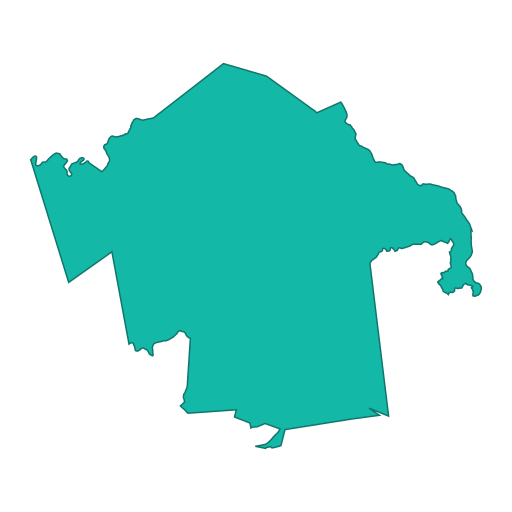 the district of San Juan Lachao, Oaxaca, Mexico
{"feature_id": "50627088B81693783238627", "entity_name": "San Juan Lachao", "entity_type": "district", "adm_level": 2, "iso_a3": "MEX", "parent_name": "Mexico", "parent_adm1": "Oaxaca", "projection": "mercator", "projection_center": [-97.102, 16.205], "detail": "fine", "context": "isolated", "style": "filled", "palette": "teal", "viewbox_px": 512, "rotation_deg": 0, "n_neighbors": 0, "source": "geoboundaries", "source_scale": "gbopen_adm2", "svg_char_len": 6050}
<svg xmlns="http://www.w3.org/2000/svg" viewBox="0 0 512 512"><path d="M340.8,102.1L317.0,112.7L316.0,112.1L314.6,110.7L312.7,109.5L266.6,76.2L223.5,63.6L153.5,117.9L142.5,120.2L139.6,119.3L138.8,118.8L137.2,118.6L136.1,118.4L135.2,119.0L134.1,119.5L132.5,122.3L132.4,122.3L130.7,126.3L130.9,127.8L129.9,129.0L129.5,130.1L128.7,131.2L128.2,132.9L127.1,133.8L125.3,133.9L123.8,135.1L122.6,135.2L121.6,135.9L120.3,135.9L118.9,136.6L117.5,136.6L115.7,137.0L114.4,136.7L113.1,136.1L111.8,136.1L110.6,136.9L108.9,138.9L107.5,143.1L106.7,144.0L104.7,144.7L104.1,145.6L103.7,146.8L104.0,148.5L105.0,149.4L105.4,150.4L105.9,151.0L107.0,153.9L108.5,156.3L109.5,158.4L109.5,161.1L108.0,163.5L107.4,165.6L105.1,168.3L104.3,169.3L101.9,171.7L90.1,163.6L89.2,162.8L88.2,161.2L87.0,161.0L85.3,162.6L82.6,164.1L80.1,164.0L80.2,163.2L81.0,161.9L82.2,161.0L83.1,160.6L84.0,159.4L84.0,158.6L83.6,158.2L82.6,157.8L81.3,157.8L79.9,158.4L79.2,159.0L78.3,160.4L77.4,161.7L74.7,162.9L71.8,163.9L71.3,164.9L69.8,167.4L69.0,168.4L69.1,169.7L69.9,171.5L71.1,172.8L71.8,174.0L71.3,175.3L70.4,176.2L69.3,176.3L67.9,175.7L67.5,175.0L67.0,173.6L67.1,171.4L66.9,171.1L66.6,170.2L65.4,169.1L64.7,168.2L64.0,167.6L63.7,166.8L63.9,165.6L64.5,164.7L65.4,163.8L67.5,160.9L66.9,159.3L66.5,159.0L65.3,159.0L63.8,158.7L63.4,158.4L62.4,157.5L59.7,153.8L56.7,153.1L55.5,153.3L54.1,154.2L52.1,155.7L49.2,158.3L48.0,159.6L47.5,160.4L46.2,161.6L45.4,162.0L42.5,162.2L41.4,163.6L41.1,164.2L40.3,164.8L38.7,165.6L37.4,165.8L36.1,165.4L35.6,164.4L35.6,163.7L35.9,162.7L36.6,158.5L36.5,157.3L36.3,156.4L35.7,156.1L34.5,156.2L33.1,157.1L30.7,159.7L68.7,282.4L111.9,251.8L129.0,344.1L130.0,343.2L131.4,342.9L132.6,342.8L133.4,343.4L133.7,344.8L134.6,346.7L135.4,350.5L136.2,350.9L137.2,351.1L138.4,350.8L139.4,350.0L140.2,349.7L141.1,348.6L143.2,347.9L145.5,349.3L146.7,349.6L147.7,350.8L149.5,354.2L152.0,355.6L152.7,355.8L153.2,354.9L152.8,353.4L152.7,350.0L152.5,348.5L152.3,347.6L152.8,345.7L153.2,345.0L153.9,343.8L155.2,343.0L157.5,342.3L161.4,341.5L163.6,340.7L165.6,340.9L169.2,339.5L174.0,336.5L174.4,335.8L176.9,333.6L178.2,331.5L179.7,330.6L181.9,331.5L183.8,331.7L185.1,332.8L186.5,335.7L187.4,336.4L188.5,337.6L190.4,338.2L187.3,385.6L187.0,387.2L186.6,388.6L185.8,390.2L184.9,392.9L183.9,394.0L183.6,394.9L183.4,397.7L184.2,399.6L184.4,401.1L184.4,402.3L180.4,405.9L182.7,408.1L184.7,409.8L186.3,411.5L186.8,412.3L188.0,413.2L236.3,409.8L234.5,417.0L249.9,423.0L250.9,428.0L251.9,427.4L253.5,427.0L257.2,426.8L265.1,423.5L280.0,428.9L278.9,431.1L277.3,433.2L275.3,434.9L273.2,437.2L271.1,439.7L267.9,442.8L265.6,444.3L260.4,445.4L255.3,446.3L265.5,448.4L266.8,447.4L270.4,446.7L272.0,447.9L274.9,447.4L276.0,447.1L277.0,446.7L279.0,446.4L279.8,445.8L280.9,445.7L285.0,429.6L351.0,419.1L379.4,415.3L369.0,408.1L388.6,416.1L369.9,263.3L371.6,260.6L376.3,257.2L378.5,253.7L379.1,252.2L381.6,251.4L382.5,250.3L382.5,249.2L382.8,248.4L383.8,248.4L384.9,248.6L386.5,250.3L386.7,251.2L389.3,250.9L390.0,250.4L390.2,249.1L390.7,247.7L392.1,247.7L393.7,249.4L394.8,250.3L395.0,251.3L397.1,250.5L397.9,249.3L398.3,248.1L399.9,247.8L401.4,248.6L403.5,248.1L410.0,246.0L412.8,244.2L421.1,244.3L422.3,243.2L424.1,241.8L427.0,242.0L428.0,242.4L431.1,244.7L432.7,244.8L435.4,243.7L438.8,241.6L441.5,240.4L442.3,241.2L446.7,242.8L447.4,243.4L448.5,242.5L449.1,240.9L450.4,238.7L451.3,239.4L452.2,241.3L453.2,242.3L453.8,244.6L453.4,245.5L451.4,248.5L451.5,250.2L450.5,251.9L449.5,252.0L449.7,253.2L450.9,257.0L450.9,257.7L450.6,259.3L451.0,260.6L450.3,262.8L450.6,264.2L451.3,266.7L451.2,267.4L450.3,268.3L449.2,268.7L448.2,269.5L448.0,271.0L447.3,271.2L446.3,271.1L445.3,271.4L444.1,272.7L443.4,272.5L441.7,272.7L440.9,273.5L441.2,274.8L442.0,275.0L441.9,276.9L442.8,277.8L442.5,278.7L441.6,278.8L440.5,279.5L439.8,280.5L439.0,280.8L438.6,281.4L437.9,281.6L437.9,282.7L438.7,282.9L439.1,284.4L439.8,284.6L440.8,285.9L441.6,287.6L442.3,288.8L443.0,290.1L443.2,291.3L445.0,292.5L446.6,293.1L448.4,294.6L448.7,293.8L448.7,293.0L450.8,292.2L452.2,292.5L453.3,292.2L454.4,291.2L454.7,290.1L454.6,288.9L455.0,288.0L456.2,288.1L458.2,288.6L459.0,288.0L459.9,288.2L461.0,288.2L461.9,287.8L463.4,284.9L464.3,284.0L466.1,283.4L466.7,284.3L467.8,284.9L469.6,285.2L470.1,285.1L471.3,285.6L471.8,285.7L472.7,286.5L471.4,287.6L471.7,288.4L472.3,288.9L472.9,290.4L472.9,291.1L473.4,292.0L473.1,292.9L472.8,294.9L472.9,295.4L473.3,296.1L475.4,296.1L476.6,295.7L477.4,295.1L478.0,295.1L478.9,294.6L479.7,293.5L480.5,291.9L481.3,289.0L481.1,286.5L479.5,284.1L478.1,283.3L476.9,283.1L475.7,282.5L473.9,281.1L472.7,278.8L473.0,277.8L472.7,276.7L472.6,275.5L472.7,275.2L472.1,273.2L471.2,271.4L469.9,268.5L466.3,265.6L465.6,263.1L466.6,260.7L470.3,256.8L471.2,255.2L472.4,251.8L471.3,245.0L471.1,239.9L471.3,238.1L471.0,234.5L471.0,229.7L471.9,230.4L469.5,223.8L467.8,221.3L467.1,220.5L464.6,216.6L462.7,214.1L462.0,213.4L461.5,212.1L461.7,210.5L461.5,209.8L460.4,206.8L459.1,205.6L458.8,205.1L457.1,203.1L456.7,201.8L456.3,200.2L455.9,199.2L455.7,196.2L454.4,193.4L453.9,192.5L452.4,191.2L450.9,190.4L449.1,189.1L443.8,187.6L442.7,187.5L438.4,186.0L435.9,185.4L433.2,184.9L430.3,184.0L427.5,184.1L425.4,184.3L423.9,183.9L423.1,184.0L422.3,184.2L421.7,185.6L419.8,185.5L418.5,185.0L418.0,184.7L417.1,183.8L416.6,182.5L415.2,180.6L414.4,178.8L413.5,177.7L411.4,176.3L409.9,175.7L408.9,174.4L407.3,173.1L404.3,170.3L403.8,169.4L403.5,168.2L402.6,165.9L401.8,164.7L399.8,163.5L396.6,164.6L395.1,164.5L393.0,165.0L391.7,164.8L389.6,164.1L387.2,164.1L385.2,162.7L383.0,162.4L382.1,162.3L379.6,161.9L378.8,161.9L377.9,162.2L375.8,162.4L374.6,161.4L374.3,160.4L373.6,159.3L372.9,157.5L371.6,153.8L369.9,150.9L368.1,149.4L362.7,147.1L361.9,146.3L359.6,145.6L358.7,144.7L358.2,143.7L357.1,142.4L356.5,140.9L355.1,138.7L355.2,137.4L356.0,134.0L353.6,129.3L352.4,128.3L351.6,126.7L350.8,125.9L350.0,124.8L348.6,124.6L346.5,123.5L344.9,121.7L345.2,120.4L345.8,119.1L346.6,117.8L347.0,116.3L347.0,115.0L346.4,112.4L344.9,109.4L344.5,108.2L343.6,106.8L342.1,103.9L340.8,102.1Z" fill="#14b8a6" stroke="#0f766e" stroke-width="1.5"/></svg>